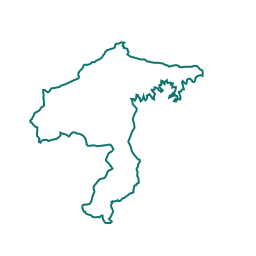 Franca, São Paulo, Brazil (orthographic projection), rotated 340°
{"feature_id": "56859067B28056382416557", "entity_name": "Franca", "entity_type": "district", "adm_level": 2, "iso_a3": "BRA", "parent_name": "Brazil", "parent_adm1": "São Paulo", "projection": "orthographic", "projection_center": [-47.359, -20.595], "detail": "fine", "context": "isolated", "style": "outline", "palette": "teal", "viewbox_px": 256, "rotation_deg": 340, "n_neighbors": 0, "source": "geoboundaries", "source_scale": "gbopen_adm2", "svg_char_len": 5106}
<svg xmlns="http://www.w3.org/2000/svg" viewBox="0 0 256 256"><g transform="rotate(340 128 128)"><path d="M151.9,45.6L150.2,45.1L148.8,45.6L147.3,45.3L145.5,44.8L144.0,46.1L143.2,47.8L141.1,48.1L139.3,47.8L137.8,47.8L136.4,48.0L134.7,47.8L132.8,48.6L131.3,50.2L129.5,51.3L126.9,53.2L124.6,53.7L122.2,53.8L120.5,54.1L119.1,54.8L116.8,53.8L114.7,54.9L111.4,54.8L109.7,53.9L107.8,53.9L105.6,56.4L103.9,57.1L102.2,57.9L100.5,59.1L99.4,61.0L99.5,62.9L98.6,64.3L96.8,64.6L94.6,64.5L92.8,64.7L91.5,64.8L90.0,64.9L85.2,65.4L83.9,65.5L81.1,65.4L79.3,65.3L77.9,66.0L75.6,65.7L72.7,65.2L69.6,64.5L66.8,66.6L64.9,67.1L63.3,64.7L62.5,63.7L61.3,63.2L60.6,65.2L60.2,67.0L59.9,68.6L59.0,70.2L58.4,72.3L58.1,74.4L57.5,75.7L56.9,78.1L55.7,78.8L53.9,78.9L52.7,79.5L51.5,80.7L49.5,81.5L47.2,81.7L45.8,82.0L44.7,82.6L43.6,84.2L42.2,85.1L40.6,86.9L38.7,87.5L38.4,89.2L39.3,90.0L39.8,91.7L40.5,93.5L41.2,95.0L43.0,96.4L42.1,98.6L41.3,100.7L40.4,102.0L39.9,104.5L40.6,106.3L41.1,108.1L40.0,109.4L39.5,110.7L40.8,111.9L42.2,110.6L43.7,110.3L46.5,110.9L48.0,111.8L48.7,113.0L50.5,113.0L52.2,113.1L54.2,113.3L56.2,113.7L57.8,113.6L59.0,113.3L61.0,112.4L62.3,111.5L62.9,109.3L64.1,110.5L65.6,111.7L67.0,112.6L68.5,114.1L69.5,115.8L70.8,115.1L72.4,114.1L74.3,113.2L75.7,113.6L77.1,114.5L78.3,115.8L79.8,116.5L81.8,118.1L83.1,119.7L83.8,121.4L84.4,124.2L84.0,126.3L84.0,127.7L83.5,129.3L84.1,130.8L85.8,131.7L88.6,132.1L90.2,132.8L91.6,133.6L93.0,134.6L95.1,135.1L97.1,135.6L99.1,136.0L101.0,136.5L103.7,136.9L105.9,137.8L106.7,140.4L107.0,143.1L104.6,144.5L103.2,144.7L101.6,145.0L99.8,146.3L98.7,147.8L97.4,149.2L96.4,150.2L96.3,151.5L97.4,153.7L98.5,156.9L99.1,159.0L99.5,160.9L97.0,161.3L94.4,161.6L93.1,163.1L91.9,164.5L90.4,165.9L89.3,166.7L87.7,167.0L86.0,166.6L84.3,166.4L81.8,167.5L80.0,168.7L76.4,170.7L75.1,172.3L74.9,173.9L74.8,176.1L74.0,177.2L72.5,178.7L71.6,179.8L70.4,181.4L69.5,183.0L68.5,184.1L67.5,185.2L66.0,186.2L63.5,186.0L61.6,185.3L60.2,184.9L58.8,185.3L57.8,187.2L57.8,189.4L57.9,191.5L59.1,192.0L59.0,193.4L59.9,194.8L61.7,196.2L63.2,197.1L64.4,199.5L66.2,200.6L68.0,201.1L69.4,201.4L70.9,202.2L72.2,201.4L74.1,201.6L73.6,203.3L73.4,204.7L73.6,207.4L74.4,209.5L76.2,210.2L77.9,210.9L79.1,211.2L80.7,210.4L79.7,208.5L79.0,206.9L80.6,206.2L81.9,205.0L83.5,203.5L85.4,201.4L85.6,199.2L85.4,197.5L85.4,195.6L85.9,194.4L87.4,193.1L87.2,191.8L88.5,191.5L89.6,192.3L92.0,192.6L93.7,192.3L94.1,193.6L96.5,193.6L98.6,192.2L100.4,192.5L102.7,191.7L104.8,191.2L106.6,190.5L108.4,190.3L109.8,190.5L111.3,190.1L111.8,188.0L112.8,187.1L113.5,185.4L114.5,184.3L115.9,184.6L117.0,183.4L119.0,183.4L119.9,181.8L120.4,179.6L120.5,177.9L120.3,176.3L121.0,174.4L122.1,172.5L121.7,170.8L122.3,169.0L124.2,167.7L124.9,165.8L126.4,164.8L127.8,163.5L128.1,161.8L126.8,160.9L126.2,159.6L125.7,158.1L124.9,156.1L124.4,154.3L124.0,152.5L123.7,151.0L123.9,149.3L124.0,147.7L124.2,146.2L124.0,143.9L123.5,141.8L124.0,140.3L126.2,138.1L128.0,136.0L128.9,134.9L129.7,133.7L131.6,132.0L133.7,130.5L134.4,129.4L134.8,127.7L135.3,125.1L135.3,123.3L135.6,121.2L136.8,119.6L138.0,118.2L139.3,116.8L140.4,115.9L142.0,114.6L142.8,112.6L142.1,110.8L141.2,108.8L140.6,107.1L141.2,105.2L141.3,103.4L141.1,101.8L143.3,102.8L143.9,104.5L145.6,102.9L146.7,101.2L147.3,99.6L148.6,100.6L148.3,102.4L149.4,103.8L148.9,105.2L149.1,107.3L150.5,106.7L152.2,105.2L153.5,103.3L153.3,106.3L153.7,107.9L155.9,106.8L156.7,105.3L156.9,103.9L158.3,104.1L159.8,103.6L160.2,105.3L160.8,106.9L161.1,109.0L162.4,110.0L162.5,108.3L163.6,106.8L165.1,105.3L164.4,103.4L163.5,101.7L163.4,100.2L165.6,101.0L166.6,100.2L166.9,98.9L168.4,99.9L169.6,101.3L169.9,103.4L171.1,104.0L171.4,105.5L173.5,104.6L172.5,102.6L171.5,100.2L172.2,98.4L173.8,99.1L174.5,97.2L175.5,94.9L176.7,95.9L176.4,97.5L177.3,99.2L178.5,97.2L180.8,96.5L180.4,98.0L180.6,99.4L182.3,99.4L184.0,100.3L183.1,101.7L185.3,101.6L184.4,103.2L183.3,105.1L185.3,105.4L187.0,105.8L186.0,108.0L185.0,109.1L184.0,110.2L182.0,110.5L180.5,111.8L178.3,111.9L177.1,113.6L178.7,113.4L181.6,113.2L183.4,112.2L183.4,113.8L185.0,114.7L185.0,116.4L184.5,117.8L186.8,119.0L187.8,117.3L188.0,116.0L188.0,113.8L188.2,111.4L190.3,111.8L191.3,110.7L192.5,110.4L193.8,110.8L193.8,109.2L193.9,107.7L194.3,105.7L194.3,104.1L195.4,102.5L196.2,103.9L196.6,105.1L197.7,106.4L199.0,105.0L199.9,103.0L201.4,102.5L203.0,102.9L204.2,104.7L204.4,106.7L205.8,107.3L207.1,106.5L208.0,105.0L209.0,103.7L210.9,103.0L212.6,103.0L214.4,103.2L215.8,104.5L216.7,102.8L217.6,100.0L217.0,98.6L215.8,97.7L215.1,95.8L214.2,93.7L212.3,92.5L210.8,92.2L208.8,92.3L207.4,91.6L204.6,90.8L202.8,90.1L201.0,89.5L199.3,89.3L197.1,88.3L196.9,86.9L194.5,85.3L191.3,84.7L187.7,84.5L186.6,82.7L184.6,81.6L183.6,80.3L182.8,79.2L181.2,78.5L179.4,77.3L175.9,76.1L174.3,75.3L171.8,73.9L170.8,72.8L169.3,72.6L168.3,71.2L167.0,69.2L165.2,68.7L163.5,67.8L162.0,67.1L160.8,65.9L158.9,64.8L157.2,63.3L155.7,62.7L154.2,61.0L152.6,58.6L154.5,56.8L154.2,54.9L154.5,53.4L152.9,52.2L151.4,51.3L152.0,50.0L151.0,49.2L152.1,47.3L153.6,46.6L151.9,45.6ZM184.5,117.8L182.6,116.8L180.4,118.5L182.0,119.5L183.1,118.8L184.5,117.8Z" fill="none" stroke="#0f766e" stroke-width="2"/></g></svg>